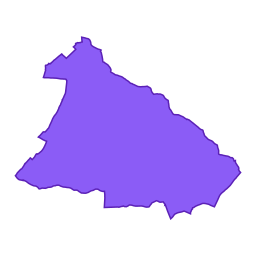 Bolbosi, Gorj, Romania (Equal Earth projection)
{"feature_id": "2599482B55979442092240", "entity_name": "Bolbosi", "entity_type": "district", "adm_level": 2, "iso_a3": "ROU", "parent_name": "Romania", "parent_adm1": "Gorj", "projection": "equal_earth", "projection_center": [23.209, 44.74], "detail": "fine", "context": "isolated", "style": "filled", "palette": "violet", "viewbox_px": 256, "rotation_deg": 0, "n_neighbors": 0, "source": "geoboundaries", "source_scale": "gbopen_adm2", "svg_char_len": 5616}
<svg xmlns="http://www.w3.org/2000/svg" viewBox="0 0 256 256"><path d="M198.5,127.5L188.9,119.8L188.6,119.8L187.4,119.2L186.7,119.5L185.9,118.7L185.0,118.3L184.0,117.5L183.0,116.8L181.3,116.1L178.5,114.8L174.2,114.6L173.4,114.3L172.4,113.0L171.1,110.7L170.8,110.3L170.5,109.7L169.9,109.2L169.4,108.2L169.2,107.2L168.9,106.6L168.9,105.3L168.8,104.9L168.6,103.3L168.4,102.7L168.3,100.8L167.8,100.1L166.8,99.7L164.9,98.1L163.8,96.3L163.5,95.7L163.3,95.5L162.8,95.1L161.2,94.4L160.1,94.0L158.5,94.1L157.3,93.8L154.0,94.2L153.8,94.3L153.6,94.2L153.3,93.9L153.0,93.4L152.2,92.6L151.6,91.4L151.4,91.0L151.0,89.1L150.5,88.2L149.7,87.6L148.0,86.7L147.3,86.2L147.1,86.2L145.5,86.5L144.0,86.6L142.6,86.6L140.6,86.8L137.9,86.5L135.6,85.4L134.2,84.7L132.9,84.2L132.5,84.0L132.1,83.6L130.5,83.3L128.4,81.3L126.1,79.9L125.2,79.0L123.9,78.3L122.9,77.5L122.2,77.0L121.0,76.5L119.3,76.0L117.7,75.3L116.9,75.1L115.2,74.8L113.9,73.8L110.8,72.1L110.6,71.8L110.6,71.6L111.0,70.0L110.7,69.0L110.0,67.6L108.6,65.8L108.2,65.2L107.2,64.4L104.8,62.9L104.3,62.3L103.1,62.0L102.8,61.5L102.7,60.8L102.6,59.3L102.0,55.9L101.5,53.9L101.4,53.1L101.0,52.1L100.5,51.5L100.6,51.1L101.1,50.1L100.0,49.6L98.1,49.1L96.8,48.5L93.3,46.7L92.0,45.8L91.4,45.1L91.0,44.6L90.8,43.2L90.7,42.3L90.4,41.4L89.8,40.1L89.4,39.6L89.1,39.4L88.5,38.9L88.0,38.7L86.5,38.4L85.0,37.9L82.8,37.4L82.1,37.3L81.7,37.2L81.9,40.2L82.2,41.6L82.1,42.0L81.6,41.9L80.4,42.6L79.6,42.6L78.4,42.8L77.7,42.6L77.4,42.7L77.0,43.0L76.3,43.1L76.1,43.2L75.8,43.4L75.6,43.5L75.6,43.8L76.0,44.0L75.8,44.6L75.0,45.5L73.4,46.9L74.2,47.6L75.7,49.1L75.8,49.3L66.3,58.3L64.3,56.4L63.9,56.1L62.8,55.2L62.1,54.3L61.7,54.5L61.5,54.1L59.8,55.5L59.1,56.0L55.2,59.4L54.1,60.1L52.3,62.0L51.1,62.8L51.0,63.0L50.9,63.4L50.5,63.7L50.2,63.8L49.7,63.6L49.3,63.8L48.8,63.5L48.7,63.5L48.7,63.8L48.4,64.2L48.1,64.3L47.8,64.6L47.2,64.9L46.8,65.2L45.8,65.2L45.5,65.4L45.4,66.2L45.5,66.7L45.6,68.3L45.4,69.7L45.6,70.3L44.7,73.2L44.4,74.4L43.4,77.5L44.2,77.7L48.2,77.7L50.2,77.9L50.7,78.0L52.9,78.0L56.5,78.2L60.9,78.9L62.5,78.9L62.7,79.0L65.3,79.1L66.2,79.4L66.4,79.8L66.4,80.2L66.5,80.4L66.8,80.6L66.7,82.7L66.0,88.8L65.7,91.4L65.5,92.6L65.4,93.3L64.9,94.4L64.1,96.1L63.6,97.4L62.6,99.4L62.2,99.9L62.5,100.1L60.9,103.6L60.4,105.1L59.7,106.0L58.8,108.0L58.8,108.4L57.3,111.7L55.9,114.0L54.6,115.5L54.0,116.4L52.7,118.7L51.6,121.4L49.8,125.2L49.2,126.8L48.6,128.1L48.3,128.5L48.0,128.6L47.0,129.9L45.2,131.9L43.2,131.9L40.4,135.1L39.6,135.9L38.7,136.6L38.3,137.1L39.9,137.8L40.5,138.2L43.0,139.7L45.3,140.8L46.6,141.2L46.6,141.4L46.0,143.1L44.9,145.6L43.6,148.2L42.6,149.7L41.5,151.1L39.0,153.2L38.6,153.6L37.6,153.8L37.2,154.2L36.4,153.9L36.0,154.5L35.6,155.0L34.6,156.9L34.0,157.6L32.2,159.6L31.9,159.4L30.9,158.3L30.3,157.9L28.9,159.7L28.6,159.8L27.0,161.7L25.9,162.8L25.1,163.8L24.9,163.7L24.2,165.0L23.8,165.8L21.6,169.0L20.8,169.2L17.7,172.5L17.2,173.1L16.5,174.4L15.4,175.7L17.0,177.9L18.0,178.9L19.0,179.6L20.0,179.9L21.8,180.2L22.9,180.5L23.7,180.6L23.6,180.2L24.5,180.6L26.3,181.5L26.9,182.0L27.7,182.6L28.6,183.3L30.7,184.5L33.4,185.7L34.4,185.9L35.4,186.0L36.2,186.2L37.7,187.2L38.0,187.5L38.8,188.7L39.3,188.9L40.1,188.8L42.1,188.1L45.5,188.3L47.1,187.8L47.7,187.4L50.4,187.2L51.8,186.9L52.5,186.4L53.3,186.0L54.2,185.8L55.2,185.8L56.3,185.3L57.0,185.3L57.9,185.1L59.2,185.3L60.6,186.1L63.2,187.0L65.6,187.2L67.0,187.5L68.7,187.6L70.1,187.9L70.7,188.1L71.6,188.7L72.7,189.4L73.8,190.1L74.3,190.2L75.9,190.1L77.0,190.2L77.2,190.3L78.0,190.7L79.1,191.6L80.0,192.1L80.9,192.7L81.3,193.0L81.5,193.0L83.4,193.1L84.3,193.2L85.8,193.2L88.3,192.4L89.3,191.8L90.9,190.9L91.7,190.7L93.3,190.3L95.3,189.2L95.9,189.1L97.9,189.2L98.5,189.5L99.5,190.3L100.8,190.9L102.6,191.4L103.0,191.4L104.5,191.3L104.6,192.8L104.8,194.5L104.8,197.0L104.9,197.7L104.3,207.5L117.4,207.0L119.0,207.2L121.3,206.5L122.3,206.4L123.2,206.0L124.6,206.6L126.4,206.7L128.1,205.9L128.6,205.5L129.4,205.0L129.7,205.0L131.5,205.1L133.8,205.8L135.6,206.1L137.6,206.1L140.3,206.0L141.5,206.0L142.9,206.2L145.3,206.9L146.4,207.1L148.3,207.0L149.0,206.8L149.2,206.7L150.3,205.0L151.1,204.2L151.4,203.5L152.1,202.8L154.7,201.6L156.4,200.7L158.2,201.3L159.3,202.0L160.3,202.2L163.2,201.9L165.1,204.5L165.0,204.9L165.3,204.7L167.7,211.4L170.7,218.8L171.9,217.7L172.6,217.0L174.2,214.8L174.6,214.3L175.5,213.8L177.6,212.8L179.2,212.4L181.7,211.9L184.0,211.1L184.5,211.2L190.5,213.8L190.6,212.2L191.2,211.0L191.8,209.4L192.0,209.2L192.4,209.1L192.4,208.7L192.5,208.4L192.6,207.8L193.8,207.5L194.5,206.9L196.3,205.9L197.5,205.4L198.4,205.0L199.5,204.7L202.3,203.5L203.3,203.4L203.8,203.4L205.2,203.5L208.4,204.2L209.2,204.5L210.6,205.3L214.4,206.8L217.6,200.1L219.5,195.8L219.9,195.1L220.5,194.5L220.9,193.8L221.5,193.2L224.3,190.9L225.5,189.6L226.3,189.1L227.0,188.5L230.2,185.4L232.2,182.7L233.1,181.4L233.5,180.8L234.7,179.3L235.9,178.2L236.9,176.8L238.3,175.2L238.8,174.6L240.6,172.5L239.1,170.8L238.9,170.1L238.5,169.3L238.8,169.0L238.8,168.9L238.8,168.4L238.6,167.3L237.2,165.3L236.9,164.7L235.9,163.3L235.7,162.8L235.5,162.3L235.4,161.7L235.4,160.5L235.0,160.6L234.8,161.0L234.2,161.1L233.6,159.7L233.4,158.8L232.8,158.2L232.2,157.7L230.6,157.6L230.3,157.5L229.1,156.7L227.9,156.2L225.3,155.8L224.8,155.6L223.8,155.5L221.8,154.9L220.4,154.8L219.0,154.3L218.7,154.0L218.6,153.6L218.7,150.9L218.6,150.2L218.0,148.4L217.7,147.5L217.3,145.1L214.7,143.7L213.2,142.2L212.9,141.7L211.9,141.0L211.3,140.7L209.8,140.1L208.5,139.5L207.4,138.6L206.5,137.5L204.9,136.1L204.5,135.3L204.3,135.0L204.0,133.7L203.4,132.4L203.1,130.9L202.9,130.3L202.1,129.8L200.9,129.5L200.0,128.9L198.9,128.0L198.5,127.5Z" fill="#8b5cf6" stroke="#5b21b6" stroke-width="1.5"/></svg>